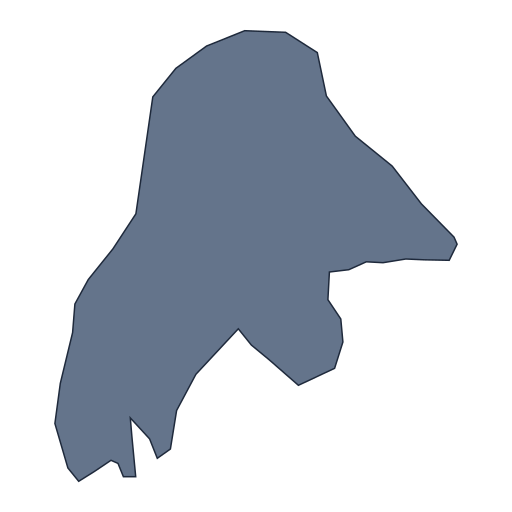 SVG path tracing the border of Busan
{"feature_id": "KOR-2507", "entity_name": "Busan", "entity_type": "Metropolitan City", "adm_level": 1, "iso_a3": "KOR", "parent_name": "South Korea", "parent_adm1": "", "projection": "mercator", "projection_center": [129.065, 35.158], "detail": "fine", "context": "isolated", "style": "filled", "palette": "slate", "viewbox_px": 512, "rotation_deg": 0, "n_neighbors": 0, "source": "natural_earth", "source_scale": "10m", "svg_char_len": 705}
<svg xmlns="http://www.w3.org/2000/svg" viewBox="0 0 512 512"><path d="M457.1,244.2L449.2,260.3L424.2,259.8L405.8,259.0L383.0,262.7L366.3,261.8L348.8,269.7L329.4,272.0L327.9,299.7L340.8,319.0L342.9,342.0L334.6,368.3L298.4,385.3L269.2,359.8L251.4,345.1L238.3,328.8L195.9,374.3L176.6,410.5L170.4,449.0L157.3,458.3L149.6,438.9L130.3,417.9L131.9,436.6L135.7,476.7L123.4,476.7L118.0,463.4L111.0,460.3L94.5,471.4L78.7,481.3L67.9,468.0L54.9,423.5L60.3,383.4L72.6,332.6L74.9,304.0L88.3,279.5L112.9,248.9L135.9,213.8L152.8,96.9L175.9,68.3L206.6,46.0L244.7,30.7L285.6,32.3L317.3,52.6L326.4,96.0L355.3,136.2L392.2,166.1L421.4,203.9L454.0,237.1L457.1,244.2Z" fill="#64748b" stroke="#1e293b" stroke-width="1.5"/></svg>